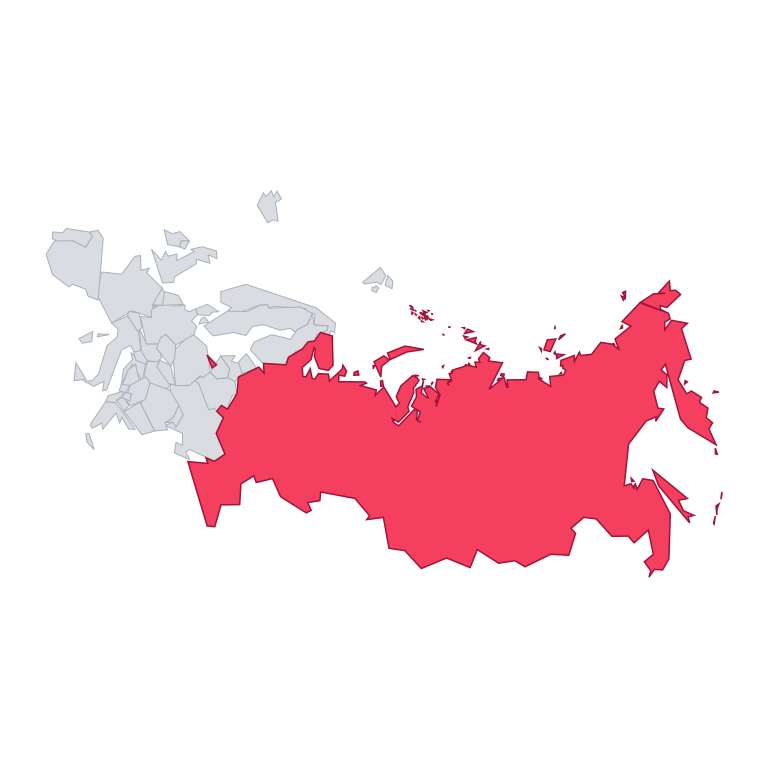 Russia on a map of Europe (Albers equal-area conic projection)
{"feature_id": "RUS", "entity_name": "Russia", "entity_type": "country or territory", "adm_level": 0, "iso_a3": "RUS", "parent_name": "Europe", "parent_adm1": "", "projection": "albers", "projection_center": [98.07, 61.527], "detail": "fine", "context": "in_parent", "style": "filled", "palette": "rose", "viewbox_px": 768, "rotation_deg": 0, "n_neighbors": 38, "source": "natural_earth", "source_scale": "50m", "svg_char_len": 13622}
<svg xmlns="http://www.w3.org/2000/svg" viewBox="0 0 768 768"><path d="M380.3,267.5L385.8,275.5L381.2,284.6L377.0,282.2L363.9,284.0L362.9,282.2L380.3,267.5ZM328.5,335.7L321.8,332.2L327.0,330.3L328.0,326.0L314.0,324.8L315.0,314.1L306.8,313.8L306.0,308.6L274.0,306.3L268.6,308.1L267.8,305.0L260.2,305.1L238.2,313.0L227.5,311.1L231.4,307.4L220.9,302.3L220.8,291.6L246.0,284.3L316.1,307.8L335.4,323.0L334.6,332.4L331.1,330.8L328.5,335.7ZM392.0,288.7L385.0,285.3L387.8,275.3L392.9,281.3L392.0,288.7ZM376.2,292.6L371.8,290.7L372.2,287.3L374.4,287.5L376.1,285.7L378.8,288.0L376.2,292.6Z" fill="#d9dde1" stroke="#a8b0b8" stroke-width="1"/><path d="M162.2,288.0L151.4,317.4L132.3,310.9L111.6,322.9L96.2,293.7L101.9,272.0L121.6,274.2L135.0,256.3L140.5,255.5L141.1,270.3L149.5,268.1L146.7,272.9L162.2,288.0ZM98.1,333.8L109.2,334.6L97.3,336.7L98.1,333.8Z" fill="#d9dde1" stroke="#a8b0b8" stroke-width="1"/><path d="M227.5,311.1L247.3,311.5L260.2,305.1L267.8,305.0L268.6,308.1L300.8,307.0L312.5,313.5L307.6,324.4L294.7,332.0L290.5,328.3L280.2,330.3L263.8,324.7L252.7,326.3L245.9,335.5L233.4,332.5L213.2,335.9L203.9,326.1L227.5,311.1Z" fill="#d9dde1" stroke="#a8b0b8" stroke-width="1"/><path d="M235.0,381.6L236.8,393.6L231.8,396.2L227.0,409.4L221.8,405.5L216.8,411.3L208.7,409.8L194.4,380.3L210.3,372.2L216.9,378.9L227.9,377.6L235.0,381.6Z" fill="#d9dde1" stroke="#a8b0b8" stroke-width="1"/><path d="M185.9,452.3L189.6,459.5L174.4,452.9L176.0,442.5L182.7,445.2L182.4,433.3L165.1,425.5L172.9,422.0L175.9,427.2L183.2,414.7L171.4,399.3L169.8,384.4L187.4,385.9L194.4,380.3L198.7,383.5L208.7,409.8L214.3,408.3L223.3,417.8L216.8,431.7L225.1,454.0L214.2,461.1L189.4,449.3L185.9,452.3Z" fill="#d9dde1" stroke="#a8b0b8" stroke-width="1"/><path d="M210.3,372.2L202.6,377.6L200.0,375.9L189.5,385.4L175.4,385.5L172.7,351.9L188.0,336.3L193.7,334.7L206.7,346.1L210.3,372.2Z" fill="#d9dde1" stroke="#a8b0b8" stroke-width="1"/><path d="M157.8,361.7L145.9,360.8L141.7,354.6L139.0,327.6L146.4,343.9L157.6,343.9L161.6,357.7L157.8,361.7Z" fill="#d9dde1" stroke="#a8b0b8" stroke-width="1"/><path d="M169.8,384.4L167.5,389.0L153.1,386.1L144.0,375.2L147.4,361.3L157.8,361.7L169.8,384.4Z" fill="#d9dde1" stroke="#a8b0b8" stroke-width="1"/><path d="M178.8,405.3L183.2,414.7L175.9,427.2L172.9,422.0L165.1,422.8L173.3,417.3L178.8,405.3Z" fill="#d9dde1" stroke="#a8b0b8" stroke-width="1"/><path d="M165.1,422.8L167.6,429.8L154.5,431.0L140.6,403.3L150.1,382.8L169.9,390.2L178.8,405.3L173.3,417.3L165.1,422.8Z" fill="#d9dde1" stroke="#a8b0b8" stroke-width="1"/><path d="M227.9,377.6L216.9,378.9L210.3,372.2L220.6,355.9L229.8,368.9L227.9,377.6Z" fill="#d9dde1" stroke="#a8b0b8" stroke-width="1"/><path d="M241.9,373.4L235.0,381.6L227.9,377.6L229.8,368.9L220.6,355.9L235.2,355.7L231.3,361.1L241.3,364.3L241.9,373.4Z" fill="#d9dde1" stroke="#a8b0b8" stroke-width="1"/><path d="M256.7,368.1L241.9,373.4L238.5,361.9L246.5,353.8L256.7,368.1Z" fill="#d9dde1" stroke="#a8b0b8" stroke-width="1"/><path d="M193.7,334.7L175.8,345.0L165.7,334.4L157.6,343.9L146.4,343.9L140.4,316.6L151.4,317.4L151.2,310.2L157.5,305.8L170.3,303.0L173.9,306.3L185.1,305.0L184.8,309.7L189.2,311.7L195.9,308.9L197.5,314.6L191.5,320.8L196.8,326.4L193.7,334.7Z" fill="#d9dde1" stroke="#a8b0b8" stroke-width="1"/><path d="M142.7,400.5L140.6,403.3L154.5,431.0L142.0,434.7L124.0,411.4L142.7,400.5Z" fill="#d9dde1" stroke="#a8b0b8" stroke-width="1"/><path d="M94.2,449.7L87.0,442.0L85.8,433.9L89.1,433.6L94.2,449.7ZM116.0,402.7L135.2,429.3L128.9,429.2L121.7,417.5L119.8,423.0L116.0,413.1L102.7,429.2L101.9,423.2L92.2,428.2L90.3,424.4L105.7,401.6L116.0,402.7Z" fill="#d9dde1" stroke="#a8b0b8" stroke-width="1"/><path d="M116.0,402.7L105.7,401.6L108.2,395.7L125.5,390.5L116.0,402.7Z" fill="#d9dde1" stroke="#a8b0b8" stroke-width="1"/><path d="M145.6,364.0L142.3,381.3L132.3,364.2L121.3,384.4L123.6,368.9L132.6,359.3L130.9,352.8L145.6,364.0Z" fill="#d9dde1" stroke="#a8b0b8" stroke-width="1"/><path d="M142.2,327.4L135.6,333.2L126.6,318.7L128.9,311.4L139.0,313.1L142.2,327.4Z" fill="#d9dde1" stroke="#a8b0b8" stroke-width="1"/><path d="M156.9,304.6L152.7,307.5L152.7,304.9L156.9,304.6Z" fill="#d9dde1" stroke="#a8b0b8" stroke-width="1"/><path d="M162.6,305.3L152.7,304.9L162.2,288.0L166.6,298.9L162.6,305.3Z" fill="#d9dde1" stroke="#a8b0b8" stroke-width="1"/><path d="M183.3,304.5L162.6,305.3L164.3,291.5L178.5,295.5L183.3,304.5Z" fill="#d9dde1" stroke="#a8b0b8" stroke-width="1"/><path d="M89.5,232.1L92.3,236.5L85.7,247.3L72.7,240.8L61.4,243.7L52.4,238.5L52.7,232.0L62.9,232.6L66.4,228.5L89.5,232.1Z" fill="#d9dde1" stroke="#a8b0b8" stroke-width="1"/><path d="M54.3,241.0L72.7,240.8L85.7,247.3L92.3,236.5L89.5,232.1L98.0,230.3L103.2,238.3L98.1,300.1L88.2,296.4L85.7,289.2L72.6,284.2L68.7,286.9L52.4,274.4L46.1,254.3L54.3,241.0Z" fill="#d9dde1" stroke="#a8b0b8" stroke-width="1"/><path d="M179.7,246.9L167.4,244.4L164.3,229.7L172.1,233.7L180.0,231.6L189.4,241.0L181.2,240.9L179.7,246.9Z" fill="#d9dde1" stroke="#a8b0b8" stroke-width="1"/><path d="M138.7,332.8L140.9,350.4L134.6,353.1L130.5,345.4L121.7,349.6L106.6,389.8L102.7,390.9L104.0,381.3L93.8,386.3L84.1,381.0L92.2,380.8L98.3,374.2L107.1,345.7L116.9,337.3L118.3,329.5L111.6,322.9L127.7,316.1L138.7,332.8ZM75.8,362.6L86.0,379.3L74.1,380.7L75.8,362.6ZM92.7,331.4L91.8,341.6L82.2,343.2L79.0,338.6L92.7,331.4Z" fill="#d9dde1" stroke="#a8b0b8" stroke-width="1"/><path d="M197.5,314.6L195.9,308.9L207.3,304.3L218.7,311.7L212.1,312.2L209.6,315.6L197.5,314.6ZM208.7,322.1L198.7,323.9L201.6,318.4L204.5,317.0L208.7,322.1Z" fill="#d9dde1" stroke="#a8b0b8" stroke-width="1"/><path d="M179.7,246.9L181.2,240.9L189.4,241.0L185.0,249.2L179.7,246.9ZM176.7,260.7L194.5,251.5L190.8,249.3L202.1,246.8L216.5,250.9L216.9,258.6L208.3,254.9L209.9,263.2L196.4,259.4L196.2,263.7L174.5,276.9L173.7,282.5L162.6,282.9L151.5,249.4L161.5,260.2L165.5,251.4L168.0,256.1L177.1,254.1L176.7,260.7Z" fill="#d9dde1" stroke="#a8b0b8" stroke-width="1"/><path d="M278.1,221.1L273.2,219.9L267.6,222.7L257.2,205.2L263.4,192.8L266.0,196.6L271.3,190.9L273.7,196.9L277.0,191.1L281.5,199.0L275.4,202.4L278.1,221.1Z" fill="#d9dde1" stroke="#a8b0b8" stroke-width="1"/><path d="M140.9,350.4L147.4,361.3L145.6,364.0L136.0,360.5L133.6,352.2L140.9,350.4Z" fill="#d9dde1" stroke="#a8b0b8" stroke-width="1"/><path d="M327.0,330.3L316.9,334.6L314.7,340.9L308.4,341.7L302.6,349.2L295.9,351.0L292.5,356.4L287.5,358.0L285.6,365.0L281.6,366.1L263.7,364.4L250.3,349.9L254.1,342.0L271.8,334.7L290.6,339.2L297.0,329.7L307.6,324.4L312.5,313.5L314.0,324.8L328.0,326.0L327.0,330.3Z" fill="#d9dde1" stroke="#a8b0b8" stroke-width="1"/><path d="M175.4,384.4L168.7,383.8L156.8,366.8L160.1,360.3L170.3,365.2L175.4,384.4Z" fill="#d9dde1" stroke="#a8b0b8" stroke-width="1"/><path d="M175.8,345.0L174.6,358.2L170.8,366.5L156.4,348.1L160.9,337.3L165.7,334.4L175.8,345.0Z" fill="#d9dde1" stroke="#a8b0b8" stroke-width="1"/><path d="M122.7,384.5L128.1,369.8L135.6,364.2L139.6,382.3L130.9,386.5L122.7,384.5Z" fill="#d9dde1" stroke="#a8b0b8" stroke-width="1"/><path d="M129.2,405.3L124.0,411.4L116.6,399.8L123.5,397.7L129.2,405.3Z" fill="#d9dde1" stroke="#a8b0b8" stroke-width="1"/><path d="M145.8,376.7L150.1,382.8L145.1,399.7L130.5,405.7L126.7,401.4L131.9,394.3L127.5,392.8L130.1,385.4L145.8,376.7Z" fill="#d9dde1" stroke="#a8b0b8" stroke-width="1"/><path d="M125.6,392.5L119.2,390.9L121.3,384.4L130.1,385.4L125.6,392.5Z" fill="#d9dde1" stroke="#a8b0b8" stroke-width="1"/><path d="M121.8,397.4L125.6,392.5L131.1,393.6L130.1,401.0L121.8,397.4Z" fill="#d9dde1" stroke="#a8b0b8" stroke-width="1"/><path d="M654.4,569.4L649.0,577.1L650.8,570.7L644.3,561.8L653.3,554.3L648.3,530.0L634.1,542.8L628.2,536.1L611.9,536.3L596.2,518.9L583.7,517.4L571.0,528.3L575.6,533.3L568.8,555.2L550.6,554.3L525.0,566.8L514.8,560.7L498.7,563.2L477.3,549.6L470.1,567.6L446.6,558.0L421.3,568.5L404.8,550.6L389.0,548.3L383.4,517.4L366.7,519.6L369.6,515.8L354.9,498.4L320.7,492.0L319.9,500.6L307.7,502.6L311.2,510.3L306.3,512.9L280.6,496.7L272.5,478.6L256.2,482.5L253.8,475.8L240.9,483.9L239.7,504.6L221.0,504.9L214.8,526.7L207.2,526.0L187.9,461.6L207.8,463.4L205.9,457.8L214.3,461.3L225.0,454.2L216.2,433.5L223.4,417.7L216.8,411.3L221.4,405.5L227.5,409.2L237.0,393.6L238.4,377.1L258.9,367.1L264.1,373.1L263.5,363.4L286.0,364.8L288.6,357.1L302.3,349.0L308.0,341.9L314.5,341.0L320.5,332.4L332.3,335.9L333.0,365.4L328.3,370.4L319.0,368.5L314.4,356.5L315.3,350.4L314.1,347.7L311.0,359.7L302.2,367.5L302.9,376.5L305.9,376.8L310.2,368.7L312.2,378.5L314.8,379.2L318.4,373.6L328.5,374.2L329.4,381.0L342.1,369.1L342.9,365.2L346.6,371.1L344.7,376.2L338.8,375.1L338.7,381.6L365.1,382.0L366.5,383.2L360.5,385.6L376.4,390.0L375.1,395.3L383.9,387.1L395.9,406.8L399.4,403.3L396.2,396.6L400.9,385.8L412.8,375.5L416.9,377.7L419.0,380.3L413.4,388.3L413.8,392.6L407.8,406.8L409.0,411.3L398.5,422.1L392.1,418.4L393.4,422.3L398.6,425.8L413.9,409.9L417.5,410.2L416.4,419.7L420.7,422.5L417.5,420.2L420.3,411.8L411.4,406.3L416.5,396.8L416.0,389.5L422.1,386.0L423.4,381.0L421.4,392.9L426.5,397.3L428.2,397.6L423.7,388.5L430.2,386.6L439.1,394.3L434.9,402.2L437.4,400.5L436.2,406.5L440.0,394.8L435.4,387.4L437.0,379.3L450.4,379.7L447.6,382.7L447.5,383.5L449.0,385.5L447.8,383.1L451.7,380.5L449.2,373.6L451.4,373.5L453.0,371.5L452.3,370.2L466.3,365.8L464.8,364.6L476.3,367.2L474.9,362.1L479.9,362.2L478.5,358.9L483.3,352.4L489.8,357.6L488.4,360.9L502.5,362.8L489.1,389.3L500.2,380.3L497.6,380.2L498.6,378.4L504.3,378.0L506.4,386.0L507.1,387.2L507.9,387.2L507.0,379.9L526.0,379.7L527.5,371.9L538.4,372.3L539.0,376.9L542.3,379.1L538.0,378.4L550.7,386.4L549.7,376.5L563.4,375.2L565.8,370.1L562.6,368.1L563.0,365.5L560.5,366.0L561.0,360.4L574.3,355.5L574.4,361.4L579.4,352.1L580.8,355.5L591.6,354.3L600.8,342.4L612.3,344.2L618.9,349.3L615.0,339.0L630.8,326.2L622.0,321.6L639.9,302.8L668.4,313.2L670.2,318.8L664.8,322.1L664.7,330.0L671.6,320.3L687.4,323.3L681.5,328.6L691.1,359.1L684.8,360.4L678.1,379.7L686.7,393.8L691.4,391.0L701.5,397.4L699.5,402.3L707.9,408.1L706.3,417.8L712.6,422.8L708.9,428.8L716.1,444.8L688.1,427.9L680.5,419.1L665.4,364.3L661.1,369.9L666.9,374.9L666.8,387.5L659.3,381.3L653.7,391.2L657.9,408.1L663.8,409.0L655.7,421.3L656.2,416.8L646.4,420.8L628.6,444.0L624.2,485.9L630.9,483.7L634.4,489.1L634.0,485.7L635.4,483.8L637.1,489.5L642.7,478.8L653.1,480.5L670.3,513.9L668.9,559.0L662.6,569.9L654.4,569.4ZM640.4,302.4L653.4,293.9L665.2,293.4L658.4,293.0L669.4,281.1L670.3,290.7L675.5,290.2L680.6,294.5L666.9,307.5L660.1,305.6L660.6,309.4L668.4,313.2L640.4,302.4ZM423.9,349.4L406.7,352.0L390.3,359.5L387.5,353.0L404.9,346.1L423.9,349.4ZM652.8,470.1L687.4,498.5L678.6,500.2L683.3,510.6L693.8,515.4L688.2,516.7L689.7,522.9L658.8,486.0L652.8,470.1ZM383.9,355.9L389.5,359.9L381.7,366.2L380.8,377.0L374.0,361.7L383.9,355.9ZM543.9,349.8L547.3,339.9L555.8,338.9L550.2,351.6L543.9,349.8ZM466.3,339.8L476.2,337.5L475.0,341.5L476.4,343.8L466.3,339.8ZM467.5,329.1L473.3,331.6L464.6,333.5L467.5,329.1ZM480.7,341.5L480.2,344.6L484.8,345.9L475.5,350.6L480.7,341.5ZM558.6,339.8L560.7,335.7L565.4,333.9L558.6,339.8ZM207.1,355.1L216.5,364.8L212.0,367.9L207.1,355.1ZM413.1,309.8L416.6,311.2L409.7,308.6L413.1,309.8ZM557.0,354.1L563.9,354.7L556.6,358.5L557.0,354.1ZM625.3,297.5L622.7,292.5L625.6,291.3L625.3,297.5ZM358.8,375.0L353.9,375.2L354.2,372.4L357.9,370.9L358.8,375.0ZM419.6,312.4L422.9,313.3L423.4,315.4L419.6,312.4ZM428.5,318.3L425.7,320.0L424.3,317.8L425.7,316.6L428.5,318.3ZM430.9,320.3L428.8,318.6L432.5,319.8L430.9,320.3ZM383.3,385.9L380.8,386.4L380.5,381.1L382.5,380.6L383.3,385.9ZM467.5,337.0L465.1,338.3L463.7,336.1L467.5,337.0ZM423.1,310.8L426.7,312.5L424.4,313.3L423.1,310.8ZM625.3,297.5L623.4,300.2L621.4,296.1L625.3,297.5ZM412.0,306.5L413.3,308.8L409.5,305.4L412.0,306.5ZM417.9,376.0L414.3,375.1L418.1,375.6L417.9,376.0ZM504.2,374.2L503.5,376.7L500.6,375.4L501.4,373.7L504.2,374.2ZM622.4,324.9L622.4,328.0L620.5,328.6L622.4,324.9ZM422.3,318.6L421.3,316.7L423.4,319.1L422.3,318.6ZM425.0,313.8L424.9,316.1L423.7,313.7L425.0,313.8ZM719.0,503.9L717.0,509.2L716.8,515.1L716.0,506.0L719.0,503.9ZM419.7,316.6L419.7,318.9L418.4,317.7L419.7,316.6ZM430.1,385.9L427.0,386.6L426.5,386.1L430.1,385.9ZM687.3,381.8L684.7,384.0L685.1,380.6L687.3,381.8ZM555.0,351.8L555.6,354.6L554.0,353.3L555.0,351.8ZM631.2,478.2L634.0,481.2L631.7,481.6L631.2,478.2ZM715.3,448.2L717.3,454.3L715.4,453.9L715.3,448.2ZM417.0,315.3L415.3,314.7L415.2,313.9L417.0,315.3ZM433.1,381.9L431.8,384.3L431.5,383.4L433.1,381.9ZM541.5,348.8L541.3,350.9L539.8,347.7L541.5,348.8ZM713.5,523.3L715.3,516.1L714.1,524.1L713.5,523.3ZM464.7,327.7L464.7,328.7L463.1,327.7L464.7,327.7ZM374.5,365.8L373.2,368.9L373.2,365.5L374.5,365.8ZM428.6,316.6L427.3,316.8L426.7,316.0L428.6,316.6ZM450.7,327.0L448.9,327.3L448.8,327.0L450.7,327.0ZM714.1,391.0L719.0,392.1L713.1,392.9L714.1,391.0ZM614.5,344.4L613.8,344.8L613.0,342.9L614.5,344.4ZM721.9,494.7L720.9,499.3L721.8,491.9L721.9,494.7ZM428.8,311.1L427.1,310.3L429.1,310.8L428.8,311.1ZM413.1,313.7L411.8,314.1L411.7,313.5L413.1,313.7ZM433.0,314.5L431.9,314.2L431.3,313.3L433.0,314.5ZM422.8,321.7L421.8,321.7L421.6,321.0L422.8,321.7ZM468.7,363.4L470.3,364.7L468.6,364.0L468.7,363.4ZM442.4,333.8L444.0,335.0L444.2,335.5L442.4,333.8ZM471.0,357.1L469.7,358.4L468.7,358.0L471.0,357.1ZM424.4,379.4L422.9,380.1L422.5,379.0L424.4,379.4ZM394.6,420.3L393.3,421.5L393.1,419.4L394.6,420.3ZM547.5,358.6L548.5,359.8L545.7,358.2L547.5,358.6ZM443.5,365.7L442.9,367.6L442.2,366.5L443.5,365.7ZM561.2,372.4L561.7,373.6L560.0,373.8L561.2,372.4ZM450.5,372.0L452.0,371.5L452.2,371.9L450.5,372.0ZM488.6,348.4L488.7,349.4L486.9,349.0L488.6,348.4ZM412.8,312.7L411.9,313.0L412.0,312.1L412.8,312.7ZM555.3,328.0L554.4,329.0L555.0,327.0L555.3,328.0Z" fill="#f43f5e" stroke="#9f1239" stroke-width="1.5"/></svg>